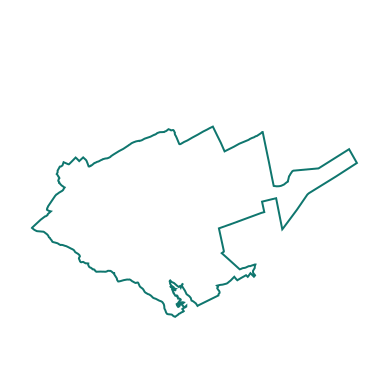 outline of Racoviteni, Buzau, Romania, rotated 301°
{"feature_id": "2599482B64050799943306", "entity_name": "Racoviteni", "entity_type": "district", "adm_level": 2, "iso_a3": "ROU", "parent_name": "Romania", "parent_adm1": "Buzau", "projection": "orthographic", "projection_center": [26.904, 45.34], "detail": "fine", "context": "isolated", "style": "outline", "palette": "teal", "viewbox_px": 384, "rotation_deg": 301, "n_neighbors": 0, "source": "geoboundaries", "source_scale": "gbopen_adm2", "svg_char_len": 5744}
<svg xmlns="http://www.w3.org/2000/svg" viewBox="0 0 384 384"><g transform="rotate(301 192 192)"><path d="M309.6,304.6L277.4,288.3L262.7,268.2L262.5,267.9L261.4,267.3L258.1,267.1L256.7,267.2L255.4,267.1L252.1,268.2L250.7,268.5L250.5,268.8L250.1,268.8L248.9,268.1L245.8,267.0L243.2,265.2L241.9,263.8L241.1,262.6L240.5,261.7L240.1,260.7L239.5,259.5L239.3,258.9L245.7,253.0L257.5,242.3L261.8,238.3L279.8,221.7L279.5,221.3L278.0,220.9L273.4,218.7L272.5,217.8L270.9,217.0L269.2,215.6L267.1,214.2L265.9,213.7L257.8,207.7L252.4,204.6L243.6,199.0L249.0,191.4L253.4,184.5L258.8,176.2L255.9,174.3L253.3,172.8L249.7,170.5L244.1,167.4L238.9,164.3L233.8,161.5L230.9,159.5L227.4,157.6L226.8,157.1L226.6,156.7L226.6,156.3L230.6,150.9L231.8,149.1L232.4,147.9L233.2,147.1L233.9,146.9L235.2,144.9L235.4,144.3L235.4,143.9L235.0,143.4L234.1,142.4L234.0,142.1L234.1,141.5L233.7,139.5L231.3,138.6L230.4,138.1L229.8,137.5L229.0,137.2L228.7,136.6L227.9,135.5L226.7,133.6L225.4,132.5L224.5,131.8L223.5,131.5L221.8,130.5L221.7,130.2L218.0,127.9L213.3,123.9L210.5,122.3L208.6,120.6L208.7,120.3L206.6,118.0L204.5,116.3L202.6,115.0L201.2,114.5L199.7,113.7L199.3,113.6L193.6,110.9L189.5,108.4L183.7,105.4L180.9,104.1L180.1,104.0L178.9,103.3L177.3,102.1L176.0,100.4L174.0,98.5L173.7,98.5L172.5,97.6L170.1,96.2L168.7,94.9L167.9,94.5L166.9,93.8L166.9,93.7L166.5,93.4L163.8,92.5L162.3,91.8L162.4,91.6L160.9,90.8L160.7,90.2L162.6,87.9L164.5,85.4L164.9,84.4L165.6,80.9L160.4,79.4L161.3,76.1L161.6,74.5L156.5,73.3L152.5,72.3L152.3,72.0L152.1,71.8L151.4,66.6L148.0,67.3L146.2,66.4L145.8,65.7L145.2,65.6L144.3,65.7L141.1,65.8L139.6,66.7L137.7,66.8L137.6,67.3L136.7,69.2L136.4,69.4L136.2,70.3L135.6,71.2L134.3,71.1L133.8,71.4L133.2,71.4L132.7,71.6L132.5,72.0L132.1,73.0L131.9,72.9L131.3,73.3L131.2,74.2L130.5,76.7L130.4,77.7L130.4,78.6L130.2,79.4L130.3,80.5L128.0,80.4L127.5,80.5L126.3,80.2L122.8,78.3L120.7,77.5L120.0,77.0L119.6,77.0L118.3,76.7L105.6,76.0L104.0,76.3L103.5,76.2L102.1,76.8L102.1,78.7L102.2,79.4L102.7,81.0L98.9,79.8L97.8,80.0L97.5,80.0L96.9,79.5L96.3,79.4L95.8,79.1L95.4,78.6L90.4,76.6L79.0,73.3L78.8,73.3L78.4,75.9L78.4,77.3L78.5,78.5L78.5,78.8L78.6,79.3L81.4,85.0L81.5,85.2L81.5,85.8L81.1,89.5L80.6,91.1L79.5,92.7L79.4,93.9L78.8,94.9L78.2,96.7L77.5,97.8L77.5,98.6L78.2,100.9L78.8,103.2L78.8,104.3L78.7,104.7L78.8,105.5L78.8,106.5L79.6,107.6L80.0,108.7L80.4,110.7L80.8,112.1L81.0,114.2L81.2,117.4L81.4,119.2L81.3,120.7L81.2,121.1L80.6,122.2L80.3,123.0L80.3,126.1L80.1,127.3L79.9,128.0L79.2,129.0L77.3,129.1L76.9,129.2L76.6,129.5L75.6,130.9L74.9,131.7L74.6,132.7L74.7,133.2L75.9,134.5L76.1,134.9L76.0,135.9L76.1,137.6L76.6,138.4L77.3,139.9L76.4,140.3L75.7,141.0L74.8,142.6L74.8,143.6L75.0,144.5L74.9,144.9L74.9,145.5L74.6,146.4L74.8,146.6L74.7,146.9L74.9,147.2L75.0,147.9L75.2,148.3L74.8,149.0L74.7,149.8L74.4,150.2L74.4,150.9L74.4,151.1L76.6,154.5L79.2,159.1L80.2,160.0L80.7,160.2L81.2,160.6L82.4,162.8L82.4,164.0L82.0,166.1L82.5,167.0L82.2,167.3L81.5,167.5L79.2,172.1L78.3,172.8L77.8,173.6L77.3,174.8L77.6,175.3L78.7,176.5L81.3,178.9L82.9,180.7L83.6,181.5L84.2,182.7L84.8,183.4L85.0,184.5L84.7,186.7L84.8,187.8L84.8,188.8L84.9,190.2L85.1,190.7L86.2,191.7L86.5,192.2L86.4,192.7L84.2,195.9L84.0,196.6L83.7,199.4L83.4,200.4L82.1,202.7L81.9,203.3L81.8,203.9L81.8,206.7L82.1,208.0L82.1,208.6L82.0,210.3L81.3,213.1L81.4,214.2L81.8,215.9L82.0,219.8L82.4,221.9L82.4,222.6L82.4,223.2L81.6,225.0L81.2,225.7L80.0,226.9L78.4,228.0L77.9,228.4L77.0,229.9L75.5,231.7L75.1,232.4L74.7,233.3L74.9,234.4L76.3,237.3L76.5,238.1L76.1,239.8L76.1,240.5L76.3,241.1L76.3,241.8L79.3,243.1L79.9,243.4L80.6,243.4L81.1,243.7L81.6,244.1L82.3,244.5L83.5,245.0L84.4,245.8L85.6,246.3L86.7,244.0L88.1,244.7L89.1,244.8L89.4,245.4L90.8,246.1L91.5,245.7L90.5,245.4L89.8,245.0L89.3,244.5L89.0,244.4L89.1,243.9L89.7,243.1L90.2,241.7L90.6,241.1L91.8,241.5L92.3,241.8L93.1,242.0L92.8,240.9L92.7,240.8L92.5,241.2L92.0,241.1L91.9,241.2L91.5,241.0L91.4,241.1L90.1,240.4L89.5,240.3L89.4,240.2L89.7,239.5L90.1,239.3L90.8,239.6L92.5,240.5L91.8,239.5L88.2,237.9L87.4,239.9L86.9,239.7L86.6,239.5L86.9,238.8L86.6,238.7L87.0,237.9L87.3,237.3L88.0,236.6L90.4,237.8L90.5,237.3L92.7,237.5L93.8,237.9L94.2,237.3L94.2,236.7L94.1,235.5L93.5,235.1L94.1,234.1L94.8,233.8L94.8,233.0L95.5,232.8L95.5,232.3L95.3,231.9L94.5,231.2L95.9,228.2L96.1,228.3L96.8,227.1L98.1,225.4L98.7,226.4L99.0,228.1L99.4,228.2L99.4,227.2L99.8,227.0L99.2,226.2L98.7,225.0L98.9,224.9L99.4,226.0L99.9,226.8L100.3,227.1L99.5,224.6L99.6,224.2L100.1,224.1L100.9,224.7L101.0,223.7L100.3,223.6L99.7,223.2L99.6,222.7L99.9,222.3L100.4,222.5L100.8,223.1L102.1,220.5L102.5,220.2L103.2,220.0L103.6,219.1L104.2,218.8L104.6,218.7L105.0,218.9L104.4,220.7L104.7,223.5L103.9,227.9L103.8,229.3L103.8,229.5L104.0,229.6L105.1,230.1L104.3,231.5L104.7,231.4L105.7,231.2L108.1,231.2L108.1,231.4L106.4,231.5L103.7,236.9L101.6,240.0L101.3,243.3L100.6,245.4L98.7,247.5L98.9,249.4L98.5,252.7L97.2,255.4L98.4,256.0L116.9,267.9L117.1,267.7L117.7,267.5L118.4,267.4L119.5,267.6L119.9,267.5L120.5,267.1L121.2,266.2L121.4,265.5L122.4,263.3L122.6,263.1L124.1,263.2L124.3,262.8L124.6,261.7L126.8,263.9L128.4,266.0L131.4,268.9L132.4,269.4L134.2,270.0L136.0,270.7L141.1,271.9L140.1,274.7L139.7,276.3L143.8,278.5L148.5,281.2L148.0,283.5L148.4,283.6L152.5,283.9L151.3,288.7L153.0,289.0L153.4,288.2L153.8,286.7L154.5,285.8L155.6,285.0L156.0,284.9L159.1,284.9L160.9,284.0L162.5,283.7L162.3,283.3L159.4,280.8L158.5,280.2L157.9,279.1L157.2,278.5L154.8,276.9L153.8,275.9L153.2,275.1L152.6,274.5L151.0,273.4L150.3,272.7L153.4,256.9L154.9,249.0L157.3,250.0L157.8,249.7L174.7,233.8L184.9,242.2L209.9,262.3L212.0,264.3L219.8,257.0L230.0,267.3L206.5,288.6L207.8,288.8L231.0,291.1L249.2,292.2L251.1,292.8L279.2,307.3L301.8,318.4L309.6,304.6Z" fill="none" stroke="#0f766e" stroke-width="2"/></g></svg>